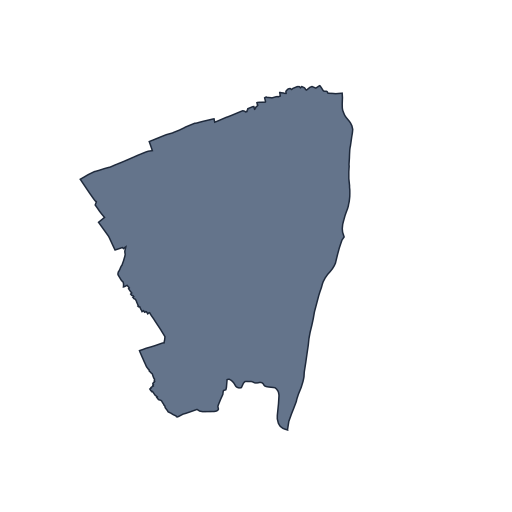 outline of Ke Sach, Sóc Trăng, Vietnam, rotated 56°
{"feature_id": "81297802B85563269288439", "entity_name": "Ke Sach", "entity_type": "district", "adm_level": 2, "iso_a3": "VNM", "parent_name": "Vietnam", "parent_adm1": "Sóc Trăng", "projection": "orthographic", "projection_center": [105.945, 9.824], "detail": "fine", "context": "isolated", "style": "filled", "palette": "slate", "viewbox_px": 512, "rotation_deg": 56, "n_neighbors": 0, "source": "geoboundaries", "source_scale": "gbopen_adm2", "svg_char_len": 6027}
<svg xmlns="http://www.w3.org/2000/svg" viewBox="0 0 512 512"><g transform="rotate(56 256 256)"><path d="M289.5,172.3L284.7,170.9L281.6,169.2L278.2,166.4L276.4,164.4L272.2,159.5L270.2,156.8L268.0,153.7L266.2,151.5L265.2,150.6L262.9,148.2L260.9,146.5L259.1,145.0L256.7,143.3L253.7,141.3L251.3,140.0L250.0,139.1L243.8,135.8L238.0,131.9L233.7,128.6L232.1,127.7L226.9,123.7L224.0,121.6L220.3,118.8L218.3,117.0L217.7,116.3L210.4,109.7L208.1,107.5L206.7,106.3L205.1,105.0L201.7,103.7L198.8,103.3L196.5,103.3L191.5,103.8L189.0,103.8L186.9,103.4L183.8,102.7L181.6,101.7L178.3,99.6L173.1,95.8L169.2,93.5L166.0,99.2L164.1,101.5L161.4,105.2L160.9,105.3L160.1,105.1L159.7,105.1L159.1,105.3L158.8,105.5L158.6,105.8L157.7,107.1L157.5,107.3L157.0,107.7L156.6,107.8L155.8,107.8L152.6,107.7L151.1,107.8L150.6,107.8L150.3,108.1L150.3,111.3L150.2,112.6L146.8,114.8L146.3,117.1L146.7,121.3L146.0,121.7L145.7,121.8L145.1,121.7L144.3,121.7L143.6,121.8L142.3,122.6L141.1,123.3L141.4,125.1L140.0,125.3L139.6,125.6L138.6,127.2L138.1,129.7L137.8,131.1L137.7,131.7L137.9,133.4L137.7,133.6L136.9,133.7L136.6,133.8L136.2,134.1L136.0,134.5L135.6,135.6L135.5,136.5L136.0,138.6L136.1,138.9L136.3,139.2L138.0,140.1L137.1,141.4L136.9,141.6L136.1,142.2L134.8,143.8L133.8,144.6L133.7,144.7L133.7,144.9L136.6,146.2L136.9,146.4L137.0,146.7L136.7,147.3L136.5,148.5L136.3,148.8L135.7,149.2L135.2,150.3L134.4,152.7L133.8,154.5L133.3,154.9L131.4,157.2L131.0,157.8L130.4,158.4L129.9,158.6L129.7,159.6L129.7,160.4L133.2,161.7L133.6,162.1L133.4,162.7L130.3,167.5L129.6,168.8L129.4,169.5L130.7,170.0L131.3,170.2L131.9,170.1L132.4,171.4L132.5,172.9L132.7,173.3L132.9,173.5L133.0,173.5L133.2,174.0L133.4,174.3L133.6,174.7L133.6,175.1L133.2,175.1L130.9,174.2L130.6,174.7L130.3,175.5L129.3,180.4L129.7,180.6L130.0,181.0L130.2,181.8L130.5,182.1L131.0,182.5L131.2,182.8L131.0,183.2L130.9,183.9L130.6,184.2L130.0,184.3L129.7,184.4L128.2,185.7L127.8,187.3L125.7,197.8L124.7,202.3L124.5,202.6L122.7,212.2L122.0,215.4L118.8,214.1L118.2,215.5L114.7,224.7L113.2,229.0L113.1,229.5L113.0,229.9L112.9,230.0L112.3,231.7L111.8,232.3L111.6,232.9L109.6,242.6L109.6,243.5L108.8,249.1L107.4,255.5L107.4,256.1L106.2,259.7L105.3,262.4L104.9,264.1L101.4,280.5L110.7,283.0L108.9,286.7L108.2,289.1L106.4,297.7L104.8,306.6L103.2,315.0L101.8,321.4L101.0,325.9L100.7,327.5L100.3,328.3L98.9,332.4L97.2,338.3L96.1,341.7L95.7,342.6L94.7,349.6L94.2,357.5L94.1,358.8L109.4,358.8L110.7,358.8L116.4,358.7L119.1,358.6L120.9,358.4L121.5,358.0L121.8,358.0L123.8,360.8L127.3,360.7L131.0,360.7L134.6,360.5L139.3,360.0L140.0,367.7L157.0,367.2L158.9,367.4L160.7,367.7L168.8,369.0L172.2,369.5L173.5,364.9L174.2,362.1L175.8,361.7L175.6,360.7L175.6,358.8L178.1,361.5L179.0,362.3L180.3,363.0L181.1,363.3L181.6,363.6L183.0,365.0L183.8,366.0L185.9,368.5L188.4,371.9L188.7,372.3L189.0,373.3L189.8,374.7L190.9,376.3L191.7,377.7L192.2,379.0L193.2,380.1L193.8,380.6L194.5,380.9L200.2,381.2L201.3,381.2L202.9,380.8L203.4,380.8L204.0,381.0L204.6,381.2L205.3,381.6L206.1,382.1L207.5,383.2L207.9,381.9L208.2,379.3L210.3,379.0L211.6,378.9L211.8,379.9L214.7,379.9L217.2,379.7L217.5,381.2L219.2,381.0L219.9,380.2L221.3,380.1L221.4,381.2L221.9,381.1L222.7,381.1L223.2,381.0L223.7,380.7L224.4,380.2L226.6,380.4L227.4,380.7L229.2,381.0L230.6,381.3L231.8,381.4L231.7,381.9L232.2,381.8L232.7,381.6L233.0,381.2L233.2,380.8L235.9,381.3L237.2,381.3L238.4,381.6L238.5,380.9L238.5,379.8L239.3,379.8L240.3,379.8L240.4,378.6L240.9,378.5L241.0,378.0L242.1,378.0L243.4,378.1L243.2,376.9L243.5,375.9L246.8,376.1L250.9,376.0L253.9,376.1L263.9,376.2L265.3,376.3L268.1,376.4L272.0,376.6L274.5,378.7L275.4,379.7L276.6,380.7L275.9,382.1L275.6,383.1L273.8,390.0L272.6,394.0L271.0,398.8L270.3,401.9L269.3,405.5L270.9,405.9L275.7,406.8L278.0,407.2L280.6,407.7L283.2,408.1L285.9,408.6L287.1,408.7L288.3,408.6L289.4,408.6L290.0,408.4L290.5,408.3L290.9,408.4L291.1,408.6L291.5,408.8L291.9,408.8L292.3,408.7L292.7,408.5L294.1,408.4L295.5,407.9L296.9,408.2L297.7,408.5L298.8,408.7L299.8,409.0L300.6,409.0L301.0,408.9L301.7,409.3L302.1,409.5L302.3,409.9L302.7,410.1L303.1,410.1L303.3,410.1L303.6,410.8L303.4,410.9L303.6,411.4L303.8,412.4L304.1,412.9L304.7,413.0L305.3,413.0L305.4,413.8L306.3,413.8L306.3,416.6L306.8,416.7L306.9,418.4L308.9,418.5L309.3,418.2L310.3,418.2L310.4,417.6L312.3,417.5L315.0,417.5L317.6,416.6L317.9,417.4L318.1,417.3L318.4,417.2L319.8,417.2L320.6,417.1L322.3,415.7L323.3,415.3L325.7,415.5L326.5,415.4L327.8,415.6L328.2,415.7L328.9,415.5L329.5,415.5L329.8,415.6L330.7,416.0L331.0,416.1L334.6,415.9L336.1,416.0L338.6,414.5L340.9,413.5L342.5,412.6L343.6,411.8L344.8,411.8L345.4,411.3L345.6,410.6L345.8,409.6L346.3,404.8L347.1,402.5L348.3,398.1L350.2,390.7L353.1,389.4L355.2,387.3L361.5,377.7L362.2,376.1L362.5,375.1L362.4,373.6L362.1,373.0L361.8,372.7L359.5,371.8L358.6,370.8L355.1,365.6L352.2,360.9L350.0,359.0L349.8,358.7L349.4,358.2L349.4,357.8L350.0,356.0L350.0,355.8L349.7,355.4L348.4,354.0L342.3,349.1L342.6,348.2L343.1,347.2L343.4,347.0L345.0,346.2L346.0,345.9L347.4,345.6L348.3,345.5L349.1,345.4L352.5,345.6L353.6,345.4L354.6,344.9L355.8,343.9L356.3,343.1L356.6,342.6L356.9,341.8L356.8,341.5L354.4,337.5L354.0,335.9L353.9,335.5L354.5,334.3L356.1,332.1L357.3,330.2L358.3,329.3L360.3,328.1L360.9,327.5L361.6,326.4L362.2,325.4L362.8,323.8L363.3,323.0L364.0,322.3L364.5,321.9L365.8,321.5L367.7,321.6L368.9,321.3L369.7,320.7L370.4,320.1L371.8,318.6L375.2,314.6L375.9,313.9L377.7,313.4L380.0,313.3L381.6,313.6L384.1,314.7L385.1,315.4L391.1,320.0L400.1,327.5L402.9,329.4L407.2,331.0L410.2,331.2L411.3,331.0L413.9,330.1L415.8,328.8L417.9,327.1L417.5,326.9L411.4,321.2L406.7,314.8L403.5,310.1L399.2,304.0L397.3,302.0L394.2,298.0L390.2,292.0L386.3,287.2L384.6,285.4L383.0,283.8L379.2,280.9L372.0,274.2L364.8,267.7L359.1,262.5L354.2,258.4L349.6,253.9L344.7,248.5L340.0,243.6L335.0,238.8L323.8,226.0L321.4,223.0L318.8,219.5L316.3,216.6L314.9,214.7L312.8,210.8L311.3,206.9L310.4,203.3L309.3,199.8L307.9,196.7L306.4,194.2L300.3,187.5L295.9,182.4L293.2,178.9L290.8,175.7L289.5,172.3Z" fill="#64748b" stroke="#1e293b" stroke-width="1.5"/></g></svg>